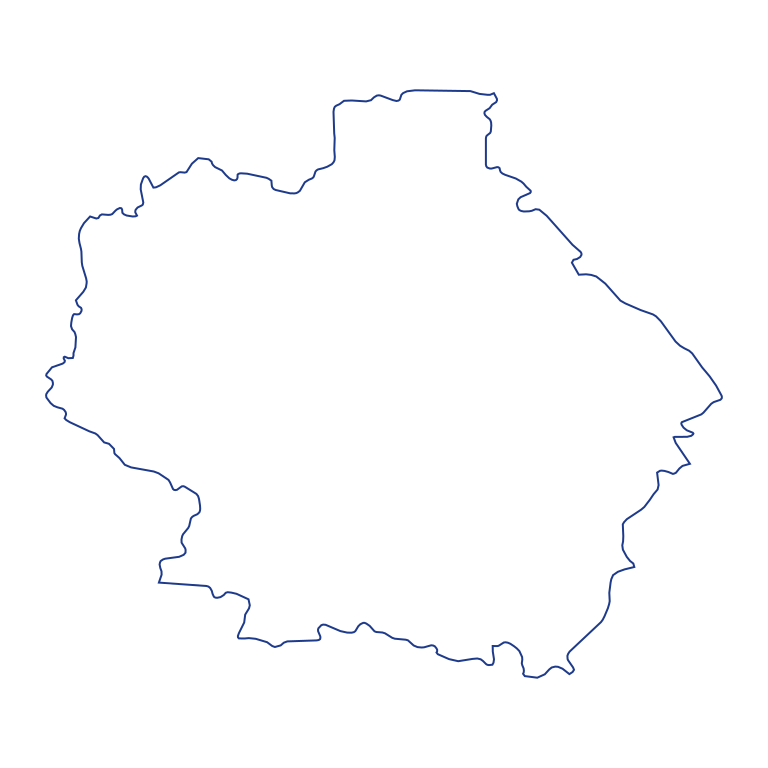 map outline of Tambov (Natural Earth projection)
{"feature_id": "RUS-2375", "entity_name": "Tambov", "entity_type": "Region", "adm_level": 1, "iso_a3": "RUS", "parent_name": "Russia", "parent_adm1": "", "projection": "natural_earth1", "projection_center": [41.398, 52.709], "detail": "fine", "context": "isolated", "style": "outline", "palette": "blue", "viewbox_px": 768, "rotation_deg": 0, "n_neighbors": 0, "source": "natural_earth", "source_scale": "10m", "svg_char_len": 6036}
<svg xmlns="http://www.w3.org/2000/svg" viewBox="0 0 768 768"><path d="M77.0,314.4L78.9,314.2L80.2,313.3L81.5,310.9L81.6,309.2L81.0,307.8L78.7,306.3L77.5,304.8L75.9,300.3L83.3,291.8L85.9,287.5L86.6,283.3L86.7,281.4L86.1,278.3L82.3,265.8L81.8,262.4L81.4,251.6L81.0,249.0L79.5,243.1L78.8,238.7L79.1,234.0L79.8,230.9L81.0,228.1L84.0,223.1L90.1,216.5L96.3,218.5L98.4,218.0L99.9,215.5L101.9,214.4L108.3,214.9L110.6,214.7L112.3,214.0L115.5,210.6L117.1,209.3L119.9,208.0L121.4,208.3L122.1,209.5L122.4,212.8L123.9,214.3L126.6,215.5L132.7,216.5L135.6,216.3L137.0,215.6L135.3,212.4L135.3,211.0L135.7,209.7L137.6,207.5L141.9,205.4L142.8,204.6L143.3,202.5L140.7,189.4L140.9,184.5L143.1,178.3L144.2,176.7L145.5,176.2L146.8,176.6L147.8,177.5L148.7,178.6L153.4,187.6L156.0,187.3L160.3,185.3L178.9,172.4L180.5,172.2L184.7,172.6L186.5,172.1L191.9,163.7L198.2,158.1L208.7,159.3L211.6,161.7L212.0,163.4L213.1,165.2L215.1,167.1L222.0,170.5L225.8,175.0L229.3,178.3L231.8,179.7L234.2,180.4L235.9,180.1L237.0,179.1L237.5,177.8L237.6,174.7L238.0,174.2L239.4,173.5L241.0,173.3L247.2,173.7L266.5,177.8L268.8,178.9L271.4,180.7L271.8,185.7L272.2,187.2L273.6,189.0L275.7,190.0L290.0,193.3L294.4,193.4L296.3,193.1L297.8,192.4L299.9,190.8L304.8,182.3L308.9,179.7L311.9,178.5L313.4,177.3L314.0,176.0L315.5,171.5L316.6,170.3L318.1,169.4L323.1,168.2L327.3,166.7L331.8,164.2L333.5,162.3L334.5,160.3L334.8,156.9L334.3,150.2L334.7,138.0L334.2,133.2L333.5,111.8L334.0,108.6L334.8,106.8L336.2,105.7L339.5,104.2L344.0,100.8L351.8,100.5L366.1,101.4L371.0,100.2L373.9,97.4L376.8,95.6L378.9,95.3L380.7,95.6L392.8,100.1L396.5,101.0L398.5,100.6L399.8,99.6L401.4,94.8L403.1,93.1L407.0,91.3L415.1,90.3L470.4,91.1L479.5,93.9L487.5,94.8L490.1,94.8L493.9,93.2L496.9,98.8L497.0,100.3L496.2,102.1L492.2,104.7L489.6,108.2L485.7,110.7L484.7,111.7L484.4,113.1L484.9,114.8L486.7,116.8L489.6,119.1L490.5,120.5L491.1,122.4L491.3,125.6L490.8,131.5L490.2,132.9L486.7,135.7L486.1,137.0L485.9,138.5L485.9,164.6L486.3,166.3L487.3,167.6L489.8,168.5L491.8,168.5L497.1,167.1L498.5,167.3L499.6,168.2L500.0,170.3L500.7,172.0L502.4,173.5L505.1,174.8L515.8,178.5L521.3,181.6L523.5,183.5L526.3,186.8L530.6,190.7L530.8,191.9L530.0,193.1L520.6,197.2L518.3,199.4L516.8,203.8L517.4,206.4L518.5,209.0L519.4,210.1L521.3,211.0L523.9,211.5L529.2,211.3L531.8,210.8L535.6,209.2L539.3,209.7L546.7,215.8L572.5,244.8L580.7,252.0L581.4,253.3L581.5,254.8L580.2,257.0L577.0,259.0L573.5,259.8L571.9,262.7L578.8,274.7L586.1,274.3L591.1,274.9L596.3,276.5L605.3,283.6L620.4,300.6L625.3,303.4L640.7,310.1L652.9,314.4L656.0,316.3L660.9,321.3L675.5,341.5L680.0,345.7L684.3,348.3L689.1,350.7L692.2,353.4L702.2,367.5L709.6,376.3L716.1,385.6L721.6,395.7L721.9,397.0L721.7,398.4L720.4,399.8L713.7,402.1L711.2,403.8L703.5,412.6L701.3,414.4L681.8,422.2L681.3,423.3L681.6,424.7L683.5,427.6L686.8,430.3L692.8,432.7L693.4,433.5L693.1,434.3L691.3,435.8L687.2,436.8L674.7,436.9L673.6,437.3L675.7,442.9L689.9,463.8L682.5,465.9L679.4,468.5L675.9,472.8L674.1,473.6L672.9,473.9L668.4,472.0L664.4,470.9L661.7,470.6L660.0,470.8L657.1,472.6L658.6,485.1L657.6,489.5L653.6,494.2L649.9,499.7L644.3,507.0L641.1,509.7L626.8,519.2L624.1,522.1L622.8,524.3L623.3,536.1L623.1,541.3L622.3,545.3L622.9,549.7L626.8,556.9L630.1,561.0L633.3,563.5L634.3,567.0L624.5,569.4L617.9,571.8L613.1,575.1L611.3,579.2L610.6,582.5L609.3,592.8L609.7,601.2L609.1,604.2L607.9,608.2L604.5,616.3L602.7,619.8L601.0,622.1L569.6,651.6L568.1,653.9L567.4,655.9L567.6,659.1L568.2,660.4L573.1,667.5L574.0,669.8L572.6,672.0L569.4,674.1L562.5,668.7L558.0,666.8L555.2,666.6L551.7,667.5L549.3,669.4L544.8,674.3L537.3,677.7L524.8,676.1L523.1,673.8L523.7,672.4L523.9,670.6L523.6,668.4L522.3,665.3L521.8,663.3L522.3,659.6L522.1,657.0L519.4,651.1L516.8,648.4L514.0,646.2L510.4,643.8L507.9,642.7L505.6,642.3L503.8,642.5L498.6,645.8L497.1,646.1L492.7,646.0L492.8,651.6L494.0,659.3L493.5,662.7L492.4,664.7L488.9,665.1L487.3,664.8L486.1,664.1L483.1,661.1L480.7,659.3L477.3,658.5L472.6,658.9L458.2,661.2L449.0,659.1L437.8,654.2L436.5,652.5L437.1,651.5L437.2,649.9L436.5,648.4L434.8,646.3L433.1,645.5L431.2,645.3L424.1,647.3L421.6,647.5L417.5,647.1L413.7,645.5L407.9,640.3L405.7,639.7L394.8,638.7L392.2,637.8L385.0,633.3L382.4,632.5L376.3,632.0L374.5,631.3L369.7,625.9L366.4,623.6L364.7,622.9L363.1,622.9L360.4,624.2L358.3,626.2L355.3,631.2L353.8,632.2L351.5,632.7L347.2,632.6L340.4,631.1L325.6,624.8L323.1,624.6L321.3,625.2L318.4,628.3L318.0,629.7L318.1,631.2L320.3,636.4L320.4,637.8L320.1,639.1L318.8,640.0L316.7,640.4L287.3,641.4L283.8,642.7L280.7,645.4L274.9,647.0L272.2,646.0L267.1,642.2L255.7,638.8L248.8,638.1L244.5,638.5L238.9,638.4L238.0,637.4L237.9,636.0L238.9,633.2L244.2,622.5L245.2,614.6L249.0,608.4L249.8,605.3L248.5,599.3L236.5,593.8L231.3,592.6L227.7,592.2L225.7,592.8L223.8,595.0L220.5,597.1L217.1,597.8L215.4,597.6L214.3,597.1L213.7,596.3L212.6,593.9L211.8,590.9L210.2,588.0L208.5,586.6L206.5,586.0L158.9,582.6L161.6,574.7L161.5,571.3L160.3,568.0L159.6,564.5L160.0,562.5L160.7,561.0L163.1,559.4L165.2,558.7L179.2,556.8L183.7,554.8L185.5,552.7L185.6,549.9L185.2,548.4L181.6,542.7L181.5,539.5L182.2,536.1L183.1,534.2L188.2,528.0L189.2,526.0L190.9,518.5L192.1,517.0L193.6,515.9L197.4,514.2L199.4,512.3L200.0,510.6L200.2,508.8L200.0,505.4L199.0,499.0L198.1,496.1L196.4,493.9L184.6,486.6L183.2,486.2L181.7,486.4L177.0,489.8L175.5,490.1L174.1,489.9L173.0,489.0L170.1,482.5L168.5,479.9L158.6,473.3L153.8,471.5L131.1,467.4L124.8,464.8L119.5,458.1L115.1,454.2L114.4,453.1L114.0,448.9L109.0,443.8L104.1,442.4L97.6,435.1L95.4,433.5L89.3,431.3L69.8,422.2L66.2,420.0L64.6,418.3L66.0,414.6L66.0,413.5L65.6,412.0L64.1,409.9L62.5,408.7L57.4,407.3L53.7,405.8L50.6,403.1L46.4,397.5L46.1,395.4L46.3,394.1L47.8,391.7L51.7,387.5L52.9,384.6L52.9,382.9L52.4,380.8L51.1,379.4L46.9,376.6L46.2,375.5L46.5,374.0L52.0,367.3L62.7,363.6L64.5,362.2L64.9,360.8L63.7,358.5L63.8,357.2L64.8,356.7L68.3,358.2L72.8,358.0L73.5,355.6L73.5,353.1L75.4,347.4L76.0,337.1L75.3,334.1L74.5,332.0L72.1,329.3L71.0,326.1L71.3,322.6L72.1,318.1L73.0,315.3L74.1,314.1L77.0,314.4Z" fill="none" stroke="#1e3a8a" stroke-width="2"/></svg>